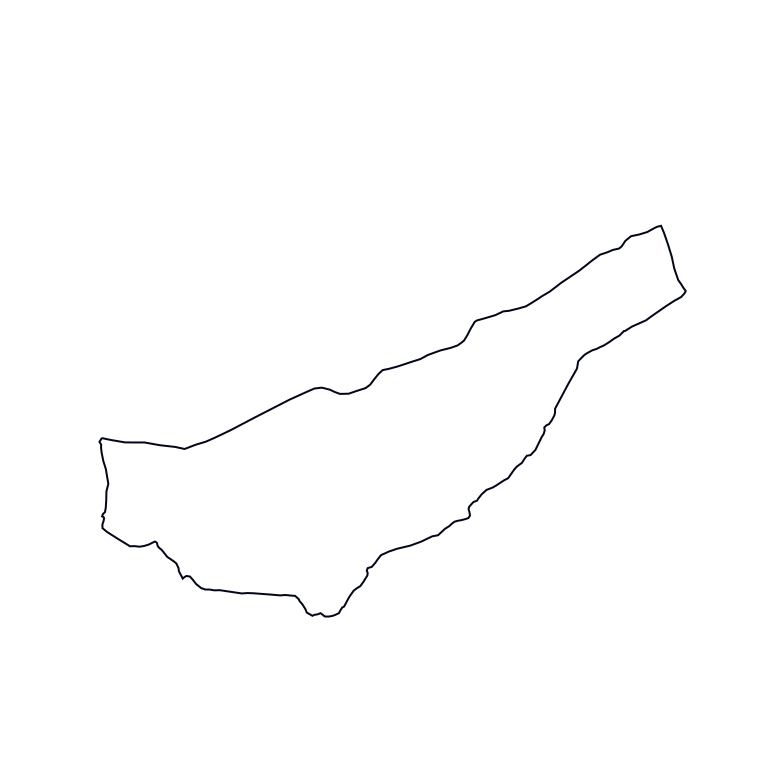 Gällivare, Norrbotten, Sweden, rotated 116°
{"feature_id": "70781695B62555588892194", "entity_name": "Gällivare", "entity_type": "district", "adm_level": 2, "iso_a3": "SWE", "parent_name": "Sweden", "parent_adm1": "Norrbotten", "projection": "mercator", "projection_center": [20.036, 67.205], "detail": "fine", "context": "isolated", "style": "outline", "palette": "ink", "viewbox_px": 768, "rotation_deg": 116, "n_neighbors": 0, "source": "geoboundaries", "source_scale": "gbopen_adm2", "svg_char_len": 3022}
<svg xmlns="http://www.w3.org/2000/svg" viewBox="0 0 768 768"><g transform="rotate(116 384 384)"><path d="M230.8,190.7L223.7,186.3L211.9,176.4L206.3,173.5L190.5,164.7L182.2,159.7L175.5,155.0L170.6,153.6L168.1,153.6L166.2,157.3L164.1,160.5L161.6,165.1L153.0,173.7L143.4,181.2L134.2,189.8L125.6,198.4L120.4,204.3L123.2,207.7L126.1,209.9L131.9,213.9L137.7,220.1L142.8,226.7L149.4,229.8L156.1,230.7L159.2,232.1L163.2,237.1L167.6,240.9L173.1,246.5L178.9,249.6L184.0,252.2L187.5,253.8L196.7,258.3L215.0,268.9L228.6,275.7L235.5,280.3L240.3,283.1L246.3,286.8L252.0,290.5L257.4,296.5L263.3,303.6L266.5,308.7L273.3,314.1L281.9,323.5L286.1,328.3L288.4,329.7L296.8,330.4L303.6,330.5L309.9,331.1L312.9,332.5L317.1,334.8L322.2,339.8L329.1,348.0L338.8,357.4L345.6,362.2L351.3,368.2L356.1,373.1L362.4,379.6L368.1,386.1L372.1,391.3L377.2,393.3L384.6,395.0L390.6,396.1L395.7,398.7L402.8,406.1L408.2,411.5L412.2,419.2L412.8,425.1L412.8,430.0L414.5,438.2L418.5,444.5L425.9,450.8L439.3,461.9L452.9,472.1L471.2,485.8L492.2,501.2L506.2,512.3L513.9,518.8L521.3,526.8L529.8,534.7L532.1,544.1L537.2,558.4L541.5,573.5L550.0,591.1L554.0,604.8L556.2,613.5L557.2,614.0L560.7,614.4L562.4,611.7L565.6,610.2L569.9,607.4L576.4,602.4L582.4,596.7L594.6,588.0L602.2,586.4L610.9,582.4L617.3,579.8L621.5,578.6L624.0,579.6L626.5,579.4L626.5,577.9L627.4,576.7L630.0,576.0L633.7,575.5L637.0,573.8L638.4,567.9L639.8,555.5L641.2,541.1L639.0,537.0L637.5,532.6L634.9,528.8L631.4,525.0L627.7,522.2L626.0,520.8L626.2,518.6L628.9,516.3L629.9,514.1L630.5,511.2L634.4,503.0L635.4,496.1L636.3,492.0L639.6,487.9L642.2,486.3L647.1,479.6L646.3,479.4L643.2,477.5L642.1,474.1L643.8,469.9L646.1,465.3L647.6,458.8L647.0,454.4L645.3,450.9L643.8,446.0L641.3,441.2L634.6,420.0L631.9,415.4L629.3,409.6L625.8,400.7L623.3,394.5L619.5,384.6L617.0,380.4L614.9,374.8L613.4,371.0L614.7,366.4L616.3,364.5L617.6,361.1L620.7,356.1L623.3,353.2L623.5,349.6L623.7,346.7L622.0,345.4L620.3,342.9L617.8,340.6L618.4,337.4L618.9,335.3L617.4,332.0L615.3,329.0L613.0,326.7L609.6,324.0L607.1,324.0L603.3,323.6L601.5,322.3L590.8,321.9L583.2,320.7L579.7,319.0L576.1,316.7L571.1,315.8L563.5,315.0L561.0,315.8L559.3,317.7L556.6,317.9L553.7,314.8L548.8,313.5L543.8,312.7L539.0,311.6L536.3,309.3L532.5,306.2L526.4,300.1L517.8,289.6L509.4,281.5L499.8,273.9L496.2,269.1L487.4,265.7L483.4,263.2L479.9,261.8L476.9,260.3L475.0,258.2L472.1,254.4L469.8,251.7L467.5,249.4L464.6,249.0L462.0,250.8L459.3,253.2L457.0,253.6L454.3,252.9L450.9,251.9L448.0,249.2L445.5,249.0L440.4,247.9L434.2,245.4L429.5,241.0L425.8,238.5L421.8,236.2L418.0,233.9L414.2,231.1L404.0,229.5L400.0,228.4L394.5,225.5L389.5,224.9L385.9,224.2L383.6,221.1L376.9,219.0L369.2,219.0L362.7,219.0L358.7,218.6L355.3,219.2L352.8,220.9L349.7,219.8L347.8,218.1L343.0,217.3L337.5,217.1L334.8,217.7L331.2,219.4L302.7,218.4L285.7,217.3L282.8,218.1L278.6,219.4L276.5,218.8L270.2,216.7L267.3,215.0L262.2,211.4L259.5,208.5L255.7,205.6L252.6,203.0L247.2,199.7L241.9,196.8L237.3,193.6L231.1,191.5L230.8,190.7Z" fill="none" stroke="#020617" stroke-width="2"/></g></svg>